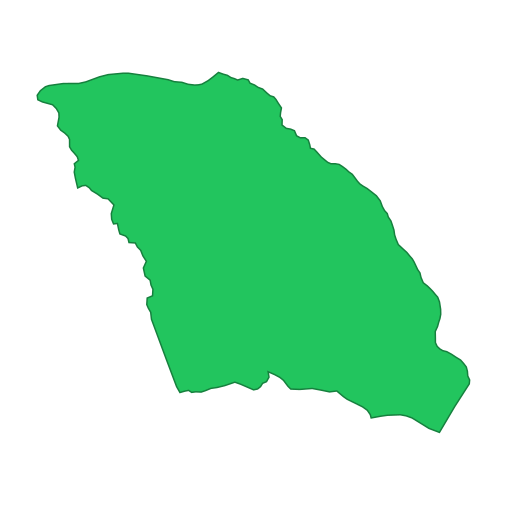 the district of Maurilândia do Tocantins, Tocantins, Brazil, rotated 262°
{"feature_id": "56859067B46182504627993", "entity_name": "Maurilândia do Tocantins", "entity_type": "district", "adm_level": 2, "iso_a3": "BRA", "parent_name": "Brazil", "parent_adm1": "Tocantins", "projection": "mercator", "projection_center": [-47.581, -6.021], "detail": "fine", "context": "isolated", "style": "filled", "palette": "green", "viewbox_px": 512, "rotation_deg": 262, "n_neighbors": 0, "source": "geoboundaries", "source_scale": "gbopen_adm2", "svg_char_len": 2757}
<svg xmlns="http://www.w3.org/2000/svg" viewBox="0 0 512 512"><g transform="rotate(262 256 256)"><path d="M55.8,413.1L79.6,432.1L99.7,449.4L103.5,450.3L107.7,449.0L112.4,449.3L116.8,448.8L120.4,446.8L124.5,444.1L128.2,439.6L131.5,435.9L134.7,431.6L136.3,427.7L138.4,425.1L141.3,422.8L145.2,421.6L149.7,422.2L156.3,423.0L161.0,426.0L165.0,427.7L168.4,429.4L172.5,430.8L177.5,431.4L185.0,431.3L189.9,430.2L192.8,428.3L196.4,426.1L199.3,424.0L202.5,421.5L206.2,417.9L211.8,416.4L216.4,416.0L220.0,414.2L224.2,412.9L228.1,411.7L231.3,410.4L234.5,408.3L238.6,405.8L242.7,402.4L247.5,398.5L253.1,397.0L257.6,396.2L262.5,396.2L267.2,395.4L271.9,394.5L276.2,392.4L279.7,391.9L283.1,389.6L287.3,388.0L293.3,386.7L298.9,383.6L303.4,379.3L307.4,375.4L310.3,371.7L312.9,368.9L316.0,366.8L319.2,365.1L323.5,362.7L326.5,359.5L329.3,357.3L332.4,354.2L335.1,351.1L336.3,347.4L336.9,343.1L338.8,340.0L341.4,337.6L344.9,334.4L349.9,331.1L353.8,328.4L355.1,324.9L358.7,324.7L363.5,323.9L366.3,321.0L366.9,316.3L369.4,312.9L374.7,311.5L376.8,308.0L378.2,303.7L382.1,300.0L387.4,300.9L390.9,299.4L394.6,300.3L399.1,301.8L404.0,299.4L408.3,297.5L411.1,295.7L412.7,292.3L415.8,289.5L420.4,285.8L422.7,281.5L425.5,278.4L428.0,274.1L431.5,272.8L433.7,267.6L432.8,262.3L434.6,259.4L436.2,256.0L438.9,252.8L440.7,248.7L443.0,244.4L439.2,238.2L436.3,233.0L433.7,226.4L433.5,222.7L433.8,219.1L435.5,212.6L438.3,206.8L440.0,199.3L442.8,193.5L449.5,173.3L454.7,155.3L455.5,149.9L456.2,134.9L455.2,125.9L452.1,111.7L451.5,104.4L453.6,89.3L453.6,74.8L452.9,71.0L449.7,65.5L445.6,61.7L441.1,61.7L438.3,65.9L434.1,75.6L429.8,78.8L425.1,80.7L420.9,80.3L412.5,77.5L407.8,80.1L404.5,83.6L400.7,86.6L397.4,87.6L390.1,86.6L386.4,88.1L383.4,90.2L379.2,92.8L375.4,93.5L372.6,88.9L369.1,89.2L364.4,87.7L358.1,88.0L348.2,88.9L349.7,93.7L349.6,97.3L346.7,100.5L343.8,102.2L339.3,107.7L334.6,112.5L333.2,117.5L326.3,122.4L318.1,118.6L312.4,118.2L307.6,119.4L307.5,123.3L301.2,123.7L296.8,124.3L293.9,129.7L291.1,131.7L287.0,132.1L285.7,138.3L281.5,139.8L277.7,142.6L271.9,144.0L266.0,146.7L259.8,142.8L251.6,143.4L246.8,147.8L241.9,148.0L237.4,149.3L231.0,148.0L229.5,142.4L223.1,141.1L219.4,142.1L214.9,143.9L207.9,143.7L165.8,152.9L137.7,159.2L131.4,161.7L132.1,166.7L132.3,170.6L129.9,173.3L129.9,177.4L128.9,182.8L129.7,187.1L131.2,193.0L131.2,199.1L132.0,207.0L134.0,217.5L131.2,222.9L123.8,235.0L124.1,239.1L126.0,242.3L129.0,244.8L130.1,248.9L134.2,252.0L139.7,251.9L136.0,257.9L132.5,262.7L129.1,265.9L122.6,269.5L119.4,271.9L117.8,280.7L117.0,293.2L114.2,301.6L111.2,309.9L111.1,317.2L104.6,323.0L101.4,326.4L91.9,340.4L87.8,344.7L83.0,347.1L79.6,347.5L80.0,357.2L80.0,364.1L78.7,376.8L76.8,382.5L73.9,388.0L61.2,403.3L55.8,413.1Z" fill="#22c55e" stroke="#15803d" stroke-width="1.5"/></g></svg>